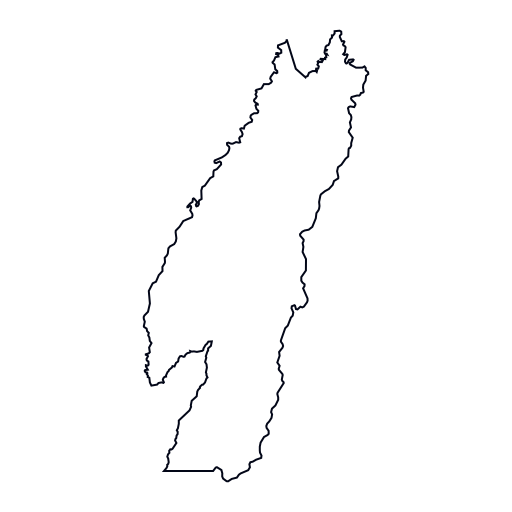 the district of Cocalinho, Mato Grosso, Brazil
{"feature_id": "56859067B28773387039389", "entity_name": "Cocalinho", "entity_type": "district", "adm_level": 2, "iso_a3": "BRA", "parent_name": "Brazil", "parent_adm1": "Mato Grosso", "projection": "mercator", "projection_center": [-51.126, -13.845], "detail": "fine", "context": "isolated", "style": "outline", "palette": "ink", "viewbox_px": 512, "rotation_deg": 0, "n_neighbors": 0, "source": "geoboundaries", "source_scale": "gbopen_adm2", "svg_char_len": 5994}
<svg xmlns="http://www.w3.org/2000/svg" viewBox="0 0 512 512"><path d="M334.6,31.2L334.6,33.5L333.0,35.5L331.9,35.4L332.0,37.6L330.1,39.4L329.8,42.4L328.4,45.1L326.6,45.6L325.5,47.1L325.2,49.6L326.9,49.9L326.6,50.6L324.8,50.6L324.5,52.5L325.1,53.8L326.7,53.7L327.1,54.4L326.4,54.1L326.0,54.6L326.3,57.3L325.0,57.7L325.2,59.1L320.7,58.8L320.5,59.3L322.8,60.4L321.9,62.1L319.5,62.0L318.3,61.0L317.6,61.7L318.2,63.0L317.4,64.7L318.8,66.3L318.2,68.6L316.2,68.6L316.0,69.3L317.1,70.6L316.7,72.0L315.8,71.0L312.5,71.1L309.0,72.8L307.6,76.1L305.8,76.7L305.5,77.4L295.8,68.8L286.7,39.4L286.5,41.1L284.9,42.8L278.0,45.4L277.9,47.6L281.2,50.1L281.3,52.7L279.4,53.7L277.6,53.0L276.3,53.1L276.1,54.1L278.0,54.8L278.5,56.5L275.4,57.2L274.0,60.5L272.5,62.2L272.7,62.9L274.6,64.5L275.3,69.3L277.2,71.0L277.3,72.7L276.5,73.2L274.0,72.3L270.7,76.8L270.2,78.7L271.9,81.3L271.2,82.6L268.8,84.1L263.9,84.1L261.5,88.4L256.3,89.9L255.7,90.8L256.7,92.0L255.5,94.4L256.7,96.4L255.7,98.3L254.3,99.5L254.0,100.9L255.2,102.5L257.6,103.8L257.8,104.6L256.0,104.7L255.5,105.4L256.4,108.8L258.3,110.8L258.1,112.4L257.1,113.2L254.0,113.3L251.3,114.9L250.6,115.9L250.4,117.5L252.2,120.0L251.7,121.8L248.7,122.8L244.7,125.7L243.9,128.6L241.5,128.2L240.4,128.7L240.3,129.5L241.9,132.0L242.6,134.1L241.9,136.2L240.2,136.7L239.2,138.2L240.2,142.3L239.0,142.7L236.0,142.1L232.7,143.7L231.1,143.7L228.3,142.6L227.0,143.1L227.1,144.8L229.1,146.8L229.4,148.1L229.0,150.2L227.7,152.8L225.5,155.0L221.9,157.4L214.8,160.4L214.4,161.3L214.7,162.7L216.2,163.1L219.7,161.5L221.0,162.5L221.1,164.5L216.8,169.2L214.0,170.4L213.5,171.6L213.3,176.4L210.2,178.1L204.8,185.7L202.3,187.0L201.3,190.5L201.6,199.0L199.2,200.4L198.7,201.9L198.9,204.1L198.0,205.8L196.6,206.4L196.1,206.0L195.8,204.6L196.7,203.4L196.8,201.7L194.2,198.7L193.5,198.4L192.9,198.8L192.5,201.9L190.1,203.5L187.4,206.5L187.4,207.2L188.2,207.2L190.1,205.5L191.0,206.3L191.2,207.7L190.2,210.4L192.3,213.9L192.5,215.5L192.0,217.2L183.3,221.0L179.6,226.7L175.8,230.6L175.6,232.3L176.4,238.3L175.8,241.5L174.2,244.1L170.0,246.4L168.4,248.3L167.8,253.6L166.9,255.4L164.7,257.8L165.0,261.9L164.8,263.1L162.4,266.9L162.5,271.1L158.8,275.1L156.0,281.7L152.7,283.3L148.8,291.0L149.9,303.5L148.0,311.8L144.4,315.5L143.7,317.0L143.8,318.9L144.8,321.7L143.8,326.2L144.1,327.0L146.6,328.6L147.1,331.1L148.8,332.9L148.2,335.3L149.4,337.6L149.8,340.9L151.5,343.1L149.1,347.5L149.8,352.2L148.8,353.3L145.8,354.3L145.8,354.8L147.5,355.4L148.0,356.2L146.5,359.0L146.8,360.5L148.4,361.5L148.6,364.5L148.3,365.3L147.4,365.6L145.9,365.2L145.9,366.4L147.8,369.7L145.1,370.1L144.7,370.9L145.5,372.3L147.0,372.5L147.4,373.1L146.8,374.1L147.9,375.6L147.7,377.0L149.3,377.7L149.9,382.5L151.4,385.6L157.1,384.6L158.5,383.0L161.5,382.4L163.4,382.9L163.9,382.3L162.8,379.8L163.3,378.3L164.5,376.9L166.1,376.6L166.0,375.5L167.5,372.1L168.6,371.1L169.0,369.9L171.9,367.5L172.5,366.1L174.5,366.5L176.0,362.9L178.1,361.5L178.6,358.5L180.0,356.3L181.3,356.0L183.6,356.8L184.5,356.6L185.5,354.7L187.4,353.1L189.7,352.6L190.5,351.8L190.3,351.1L191.7,351.6L194.0,351.4L196.9,351.9L202.4,350.8L203.3,350.0L203.5,348.4L205.7,344.7L206.7,344.1L208.4,341.6L211.8,341.4L210.9,345.9L208.1,348.4L208.1,350.7L207.5,351.2L205.8,356.3L206.3,357.7L205.1,362.0L206.5,364.3L206.9,367.6L205.9,372.4L206.5,373.9L206.4,375.1L207.5,377.5L206.5,378.4L205.0,382.5L203.1,384.6L202.1,384.7L200.3,386.3L199.8,387.2L200.0,387.9L198.1,389.9L197.3,391.5L196.7,396.3L191.7,400.8L190.8,405.5L191.1,406.8L189.5,410.4L178.8,420.5L178.8,423.8L177.9,428.3L176.8,430.3L177.7,431.8L177.6,434.1L176.6,435.5L176.2,438.2L175.5,438.9L175.1,440.5L176.4,443.0L172.5,448.8L171.4,449.5L170.3,449.3L169.2,450.8L169.4,452.8L168.0,454.4L167.3,456.7L168.2,458.5L168.7,462.2L168.2,463.9L167.2,464.8L167.3,466.3L166.5,468.0L164.0,471.0L213.1,471.0L215.7,467.6L216.9,467.2L221.4,470.0L222.3,473.3L222.2,476.4L223.1,478.6L226.6,481.2L228.1,481.3L231.8,478.9L236.9,477.6L238.9,474.7L240.7,473.4L248.2,470.2L249.9,467.3L249.4,464.2L250.4,462.2L252.7,461.7L256.1,459.7L261.2,457.9L261.5,455.6L260.0,452.6L259.8,450.5L259.8,446.6L260.6,442.6L264.0,437.0L267.6,435.0L268.7,433.8L268.6,430.8L266.6,427.9L266.3,426.0L267.2,423.6L269.2,421.5L271.5,417.9L272.1,414.4L271.1,412.1L272.0,408.6L275.4,405.5L278.2,399.8L278.2,397.4L277.3,394.0L277.6,392.7L283.7,383.1L283.6,382.2L282.3,380.9L281.8,379.6L282.7,375.0L282.4,374.0L278.9,369.8L278.7,368.9L279.6,365.8L277.3,362.5L279.6,355.8L279.1,352.0L282.5,347.7L283.1,346.0L282.6,344.1L280.9,341.7L280.9,340.4L285.2,328.2L287.8,325.6L290.9,317.6L292.7,315.7L293.3,312.4L291.5,308.3L291.8,306.3L294.4,305.2L295.0,305.6L296.0,309.1L297.5,309.4L300.4,306.7L302.3,307.4L303.9,306.6L307.0,302.3L307.6,300.6L307.5,298.4L303.1,288.3L304.5,286.1L304.6,284.3L302.5,282.6L301.3,280.7L301.3,277.1L305.9,270.5L306.0,259.1L302.6,252.0L303.4,246.9L302.6,243.1L303.6,241.1L303.6,239.6L300.2,235.7L300.0,234.2L302.2,231.7L304.6,230.5L308.7,229.7L312.3,226.9L315.8,218.3L316.4,213.2L318.5,210.2L319.1,208.6L319.5,206.0L319.1,202.0L320.4,195.4L321.0,194.3L324.9,191.2L328.9,189.0L332.7,184.9L334.0,181.0L338.2,178.4L338.3,176.7L337.1,171.2L338.0,167.2L341.4,164.7L345.6,158.7L348.2,156.5L348.6,149.2L348.9,148.3L350.0,147.9L351.2,145.7L351.2,143.1L352.7,137.7L348.8,132.1L349.0,130.5L351.0,127.4L349.9,122.4L351.2,119.4L351.4,117.1L350.8,115.0L349.1,113.2L348.0,108.2L348.7,107.1L350.2,106.4L354.2,107.1L355.5,104.7L355.2,103.3L351.4,99.6L351.0,98.3L351.6,97.0L357.1,95.5L359.2,95.6L360.3,94.6L360.8,93.1L363.1,92.5L363.7,91.8L363.0,87.7L363.3,84.6L365.6,80.6L366.1,75.8L368.3,74.0L368.1,72.2L365.7,70.3L365.7,67.9L364.5,66.4L362.4,67.6L356.1,67.7L350.2,64.5L349.7,63.8L349.8,62.9L352.8,61.3L353.6,59.8L353.1,59.4L349.1,59.8L347.5,62.8L346.6,63.5L345.9,63.3L345.0,61.7L345.2,59.5L346.7,57.5L347.6,54.8L347.0,54.3L344.3,55.0L343.2,54.2L344.9,52.2L345.6,47.2L344.8,46.1L343.4,45.4L343.0,44.5L344.4,41.8L343.8,41.1L341.8,41.3L339.8,36.9L339.9,35.7L341.4,34.1L341.2,31.6L339.6,30.7L334.6,31.2Z" fill="none" stroke="#020617" stroke-width="2"/></svg>